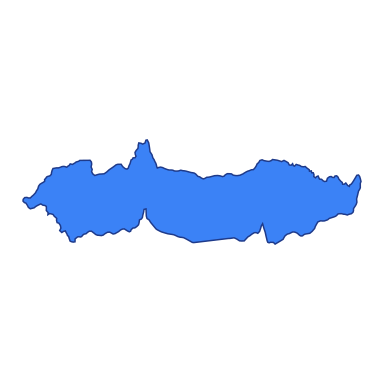 the district of Crixás do Tocantins, Tocantins, Brazil
{"feature_id": "56859067B45342107089444", "entity_name": "Crixás do Tocantins", "entity_type": "district", "adm_level": 2, "iso_a3": "BRA", "parent_name": "Brazil", "parent_adm1": "Tocantins", "projection": "robinson", "projection_center": [-49.079, -11.157], "detail": "fine", "context": "isolated", "style": "filled", "palette": "blue", "viewbox_px": 384, "rotation_deg": 0, "n_neighbors": 0, "source": "geoboundaries", "source_scale": "gbopen_adm2", "svg_char_len": 5017}
<svg xmlns="http://www.w3.org/2000/svg" viewBox="0 0 384 384"><path d="M357.6,195.1L358.1,192.9L358.6,190.9L359.5,189.6L360.3,187.8L360.3,185.9L360.3,183.3L361.0,181.5L360.3,178.6L359.6,176.4L358.5,175.0L356.8,175.3L355.6,177.4L353.5,180.9L352.4,182.6L351.3,184.1L349.8,184.9L349.3,186.4L347.7,185.5L345.8,183.0L344.3,184.2L342.6,184.2L342.2,182.4L341.0,181.5L338.8,179.0L338.1,177.2L336.7,175.8L335.0,176.0L334.1,177.5L332.5,177.4L331.1,176.5L329.4,176.8L327.4,178.3L326.5,181.2L324.5,181.5L323.1,180.8L321.6,179.3L319.5,179.1L318.1,176.0L316.6,176.6L315.5,177.8L313.8,176.6L314.0,174.8L313.3,172.8L311.7,172.7L311.3,170.9L309.5,171.2L309.2,169.7L307.0,168.1L305.2,166.5L303.5,166.8L301.3,166.5L299.7,165.4L298.0,165.0L296.2,164.4L294.6,166.1L293.3,165.6L292.6,163.7L291.2,165.2L289.3,165.0L288.1,162.7L286.1,161.5L284.0,160.4L281.6,161.6L279.8,161.0L277.6,160.3L275.9,160.0L274.4,159.8L272.5,159.5L271.4,160.5L269.2,161.4L267.0,161.2L263.9,160.6L262.1,159.8L259.9,160.5L258.7,162.5L257.1,163.9L256.3,165.8L255.1,167.7L253.4,169.6L251.3,169.8L249.3,170.7L247.6,171.2L246.0,172.0L244.0,173.2L242.8,174.0L241.5,174.5L240.1,175.2L237.5,175.6L235.9,175.6L233.3,175.2L231.5,173.9L229.4,173.7L227.2,173.7L225.2,174.9L224.0,176.2L222.5,176.6L219.9,175.8L217.6,175.5L214.5,175.7L210.1,176.9L208.4,177.2L206.7,177.3L204.9,178.4L203.3,178.9L201.5,178.1L199.8,176.9L197.8,176.3L195.7,174.0L194.3,173.1L193.0,172.8L191.0,172.5L185.9,171.1L184.2,170.8L182.8,170.7L180.8,170.2L178.3,171.0L176.0,171.1L174.2,170.9L172.9,170.2L171.3,170.0L169.1,170.0L167.5,169.6L164.5,168.5L162.7,167.6L160.6,167.1L158.9,167.4L157.3,168.0L156.7,166.5L156.3,164.7L155.8,163.2L154.8,161.4L154.1,159.7L152.8,157.7L152.0,154.8L150.0,151.7L149.8,149.9L149.4,147.0L149.1,145.1L148.7,142.8L147.2,139.9L145.9,140.2L145.0,143.0L142.7,144.1L141.1,143.3L138.8,142.9L138.2,145.2L138.2,146.8L137.9,148.5L136.2,150.4L135.0,152.4L135.3,154.5L136.0,156.2L135.0,157.8L133.1,157.8L132.4,159.2L131.1,159.9L130.5,162.0L130.1,163.5L129.0,165.8L128.2,168.2L127.0,169.1L125.1,168.6L123.1,167.0L122.1,165.8L121.2,164.3L119.8,164.3L117.8,164.3L116.1,164.8L114.3,166.2L112.5,167.5L109.1,169.8L106.6,172.1L104.1,173.8L101.5,174.0L99.5,174.1L97.2,174.7L94.8,175.5L92.8,173.9L91.6,171.7L92.2,169.4L91.1,167.0L91.7,164.1L91.4,162.0L90.1,160.3L81.3,160.4L79.8,160.4L78.6,161.3L76.1,162.0L75.0,162.9L72.5,164.4L70.2,163.9L69.2,165.4L67.9,166.2L66.7,167.2L64.7,166.5L63.2,166.4L61.6,166.7L60.3,167.3L58.5,167.9L56.3,167.9L53.0,168.5L52.1,170.4L51.5,172.7L51.3,174.4L49.8,175.9L47.8,176.4L46.6,177.0L45.7,178.4L44.6,179.5L44.7,181.2L43.5,182.2L41.8,183.1L39.9,184.3L38.6,186.1L37.8,188.9L36.5,190.8L35.5,192.8L33.4,195.1L31.6,196.6L30.4,197.9L28.5,198.0L26.9,197.4L24.7,197.6L23.2,199.3L23.0,201.1L24.4,202.6L25.9,203.1L27.3,205.2L28.4,207.4L30.3,208.8L34.2,207.8L35.6,206.6L36.9,205.8L38.6,204.9L40.8,203.9L42.9,205.2L44.9,205.5L46.3,206.4L46.4,208.0L46.3,210.5L48.1,212.6L47.9,214.7L49.6,213.6L51.3,213.9L53.1,214.5L54.3,216.3L55.4,217.2L56.7,218.4L56.5,220.2L57.1,222.6L58.9,223.2L60.4,225.5L60.9,228.1L59.7,230.6L61.8,232.5L63.3,231.5L65.3,230.9L66.1,232.5L67.0,234.1L67.5,235.6L68.6,236.4L69.2,238.5L70.1,241.1L71.4,241.7L73.2,242.1L75.0,241.8L75.1,238.9L77.6,236.9L79.0,236.7L80.3,237.0L81.6,236.6L82.8,235.1L83.9,234.2L86.1,233.7L87.5,232.4L89.3,231.2L91.5,231.2L94.1,233.2L95.7,234.5L97.4,235.2L98.8,235.3L101.4,235.6L103.2,235.1L104.8,233.8L107.4,232.3L109.6,232.1L111.0,232.8L113.1,234.0L115.1,233.6L116.6,232.7L118.6,231.6L120.5,230.0L122.4,229.1L124.3,228.9L126.3,230.2L127.8,231.1L129.3,231.8L130.6,231.2L131.1,229.7L133.0,228.0L134.8,227.9L136.7,226.6L138.5,224.8L139.0,223.0L139.5,219.8L141.4,219.0L142.4,217.5L142.8,215.2L143.6,212.2L144.0,209.4L146.0,208.9L146.1,211.1L146.2,213.4L146.3,216.0L147.0,218.5L149.2,220.0L150.2,221.7L151.1,223.0L152.2,224.3L153.1,225.4L156.0,228.9L157.3,229.8L160.0,231.2L161.5,231.9L165.1,233.0L167.9,233.8L172.0,234.4L174.0,234.8L175.8,235.6L177.9,236.6L180.0,237.2L182.1,237.4L183.7,237.7L187.0,239.4L190.4,241.3L192.3,242.4L193.7,242.6L228.1,238.5L230.1,238.4L234.1,237.8L236.7,239.0L239.5,240.8L241.4,241.0L244.2,240.9L247.9,236.9L250.2,235.5L251.5,234.4L253.1,233.4L254.3,232.7L256.1,232.6L257.8,233.3L259.6,231.4L260.7,228.1L261.3,225.9L262.6,223.7L263.8,228.0L265.2,232.2L266.1,236.4L266.7,238.8L267.1,240.6L267.8,242.3L269.1,242.8L270.6,242.3L273.4,242.4L275.1,244.1L280.0,241.2L283.1,239.3L283.9,237.7L285.1,235.8L287.3,234.1L289.3,233.6L290.9,232.8L292.6,232.0L294.1,232.0L295.4,232.3L297.3,233.2L299.6,235.3L301.0,236.0L302.6,235.8L303.6,234.8L305.1,234.1L306.8,233.8L309.8,233.3L312.1,231.4L314.6,228.5L315.3,226.5L316.8,223.7L317.9,221.9L320.6,220.8L322.6,221.0L324.5,220.9L326.2,220.3L327.6,219.8L329.3,218.4L331.5,217.7L334.0,216.9L335.7,216.2L336.9,215.2L338.1,213.9L339.9,213.7L341.7,213.7L343.5,214.2L345.0,214.3L347.3,215.0L348.9,214.3L351.4,213.7L353.0,212.3L353.5,210.7L353.5,208.7L354.5,207.1L355.5,205.6L356.3,204.1L356.9,202.2L356.6,198.9L357.6,195.1Z" fill="#3b82f6" stroke="#1e3a8a" stroke-width="1.5"/></svg>